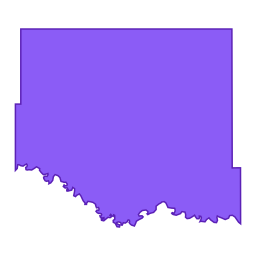 the district of Jones, South Dakota, United States of America
{"feature_id": "52423323B31695070562540", "entity_name": "Jones", "entity_type": "district", "adm_level": 2, "iso_a3": "USA", "parent_name": "United States of America", "parent_adm1": "South Dakota", "projection": "mercator", "projection_center": [-100.738, 43.939], "detail": "fine", "context": "isolated", "style": "filled", "palette": "violet", "viewbox_px": 256, "rotation_deg": 0, "n_neighbors": 0, "source": "geoboundaries", "source_scale": "gbopen_adm2", "svg_char_len": 2647}
<svg xmlns="http://www.w3.org/2000/svg" viewBox="0 0 256 256"><path d="M231.9,29.0L20.8,29.0L20.8,104.1L15.4,104.1L15.4,170.4L17.2,168.5L17.5,166.5L17.8,164.7L19.1,164.7L20.8,165.7L23.1,166.1L25.0,164.8L26.6,164.0L26.8,164.4L27.3,165.2L26.9,166.8L25.7,167.4L26.0,169.6L27.1,170.0L29.0,169.7L31.7,170.0L34.7,168.1L36.5,166.8L39.7,168.6L39.5,170.3L41.2,172.5L43.4,174.7L46.0,174.1L47.9,173.5L48.0,174.7L47.1,176.4L45.1,176.1L43.6,177.2L43.8,178.6L45.2,180.8L46.7,181.3L48.5,180.8L49.1,182.9L48.9,183.7L50.7,182.9L52.7,180.4L53.4,176.6L55.1,174.6L57.9,175.6L59.9,177.5L61.0,181.4L64.1,182.3L65.9,182.2L67.3,184.1L66.9,185.5L64.7,185.7L64.1,184.9L63.3,186.5L65.1,188.0L67.2,187.9L68.1,189.5L66.8,189.8L66.8,190.9L67.8,191.1L71.7,190.1L72.8,187.4L74.6,188.7L74.6,191.0L74.1,193.8L73.7,195.7L75.5,196.6L76.7,195.3L79.4,193.9L80.9,195.9L83.2,200.8L85.1,203.1L84.9,204.4L86.5,204.4L86.6,203.2L87.9,201.4L90.2,201.7L93.1,202.4L95.6,204.3L95.7,205.6L96.5,207.8L98.5,207.5L99.1,209.1L98.7,210.3L97.0,210.1L96.0,211.3L97.1,212.6L98.5,213.4L100.0,213.4L101.2,213.7L101.7,214.7L100.7,216.2L100.0,216.0L100.3,217.1L102.2,218.0L103.9,217.6L103.9,218.7L102.2,219.1L101.3,218.9L101.5,220.3L103.8,220.8L108.0,217.3L109.3,217.6L110.7,217.5L111.3,216.6L110.7,215.6L110.0,215.3L110.7,214.4L111.8,215.7L113.1,216.4L113.7,215.5L113.7,214.9L114.6,215.3L114.7,216.7L114.8,219.2L113.2,220.4L113.3,222.3L115.2,223.3L117.0,226.7L119.5,227.0L119.9,225.0L117.1,223.9L116.7,222.5L117.8,222.1L118.7,221.9L120.7,222.6L121.2,224.0L121.4,225.0L122.1,225.2L122.6,224.3L123.3,222.7L125.2,223.1L127.3,221.7L127.8,220.2L128.4,219.9L129.4,220.3L129.6,221.8L129.1,222.5L130.3,224.1L131.6,225.1L132.9,225.5L134.4,226.0L135.6,223.4L136.4,221.2L139.0,219.6L142.1,218.1L143.1,216.9L142.1,215.8L140.9,215.8L139.2,216.1L138.4,214.5L139.9,212.4L142.3,210.5L146.0,210.0L147.9,211.5L147.8,213.7L147.1,213.9L147.8,214.6L150.1,213.3L153.6,212.4L156.1,209.6L156.1,206.2L158.8,204.0L160.9,202.9L161.8,202.0L164.2,201.6L166.0,203.1L168.0,207.5L171.6,208.1L174.7,208.3L175.1,209.9L175.1,211.2L174.0,213.4L172.4,212.6L171.7,213.2L172.2,213.9L173.2,214.5L176.2,215.2L180.5,213.6L181.9,211.6L185.0,212.1L185.7,214.8L185.5,217.2L187.1,218.6L189.6,218.3L192.2,216.8L194.6,215.2L195.3,216.6L196.9,218.7L199.0,218.7L199.5,217.7L199.3,216.1L200.8,216.3L201.4,217.7L200.8,219.9L200.0,221.6L200.9,221.3L205.0,221.8L206.6,219.5L209.0,217.9L210.5,219.8L214.1,222.4L216.5,222.6L217.5,220.3L216.9,217.4L217.3,216.0L219.0,216.9L221.6,217.9L225.2,219.5L228.6,218.1L229.6,215.6L232.4,215.3L234.9,216.9L238.6,222.2L240.6,223.8L240.5,167.8L232.2,167.9L231.9,29.0Z" fill="#8b5cf6" stroke="#5b21b6" stroke-width="1.5"/></svg>